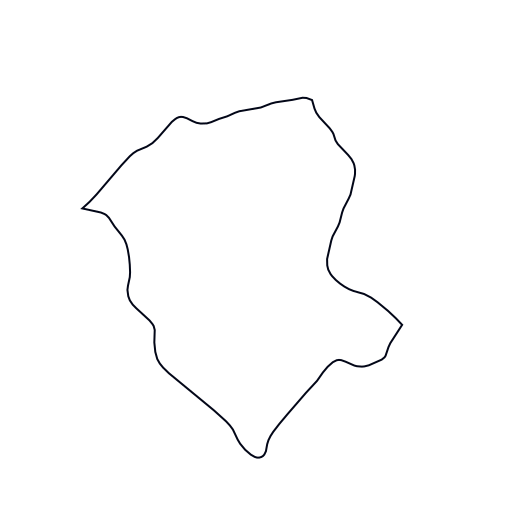 Tamboril, Santiago, Dominican Republic, rotated 310°
{"feature_id": "3306468B8987969858006", "entity_name": "Tamboril", "entity_type": "district", "adm_level": 2, "iso_a3": "DOM", "parent_name": "Dominican Republic", "parent_adm1": "Santiago", "projection": "robinson", "projection_center": [-70.591, 19.492], "detail": "fine", "context": "isolated", "style": "outline", "palette": "ink", "viewbox_px": 512, "rotation_deg": 310, "n_neighbors": 0, "source": "geoboundaries", "source_scale": "gbopen_adm2", "svg_char_len": 1863}
<svg xmlns="http://www.w3.org/2000/svg" viewBox="0 0 512 512"><g transform="rotate(310 256 256)"><path d="M411.5,198.7L409.5,193.1L407.2,190.0L399.1,183.6L386.5,172.4L382.6,169.6L372.8,164.2L356.2,150.2L352.3,147.9L344.4,144.1L337.3,139.6L329.7,135.6L326.1,133.2L321.9,128.5L319.8,124.8L318.5,120.6L317.1,114.5L315.6,110.8L314.4,109.1L312.8,107.7L310.9,106.7L308.9,106.1L304.6,105.3L283.1,104.9L275.9,104.1L269.5,102.0L260.2,97.2L255.9,95.9L251.3,95.2L238.8,94.6L201.0,94.3L190.6,93.7L180.8,92.4L189.6,109.2L190.8,113.0L191.1,115.0L190.7,118.9L187.7,128.7L185.4,140.2L184.0,144.8L181.6,149.3L178.6,153.5L173.6,159.4L168.2,164.9L162.6,170.0L158.7,172.9L151.0,177.0L147.4,179.3L143.1,184.0L140.9,187.9L139.5,192.8L139.0,197.9L138.2,215.8L137.3,220.5L136.6,222.6L134.2,226.0L124.4,233.7L117.8,240.5L113.6,246.6L111.8,251.4L110.8,256.6L110.2,264.7L110.7,323.1L110.1,339.5L109.4,344.9L108.2,349.9L103.6,359.9L102.0,364.5L100.6,372.2L100.5,379.7L101.3,384.2L102.2,386.3L103.7,388.1L105.5,389.3L107.3,389.9L109.2,390.0L112.8,389.1L119.1,385.5L123.0,383.9L127.6,382.8L132.5,382.2L142.5,381.8L155.2,381.8L183.1,382.2L199.6,383.0L209.9,382.1L217.2,382.1L224.0,383.1L228.0,384.8L229.7,386.3L231.0,388.2L232.6,392.5L235.3,401.8L236.4,404.1L239.3,408.2L241.1,410.0L244.8,412.7L257.4,418.9L261.0,419.6L262.8,419.4L271.5,416.0L275.6,414.9L297.2,412.2L298.2,403.2L298.8,392.4L298.7,378.8L298.1,370.9L296.4,363.3L291.9,353.2L290.4,348.6L289.4,343.4L288.9,338.0L288.9,332.6L289.5,327.3L290.1,324.7L292.0,320.1L294.6,316.6L299.4,312.4L316.3,303.7L320.3,302.1L331.2,299.8L335.4,298.5L344.7,294.0L348.7,292.5L359.5,290.1L363.8,288.9L380.6,280.3L382.5,279.1L385.8,276.4L388.6,273.1L389.8,271.2L391.6,266.8L392.6,261.7L394.3,246.8L395.6,242.7L399.3,236.8L400.1,234.8L401.2,230.4L403.1,215.2L404.5,210.1L406.5,206.1L411.5,198.7Z" fill="none" stroke="#020617" stroke-width="2"/></g></svg>